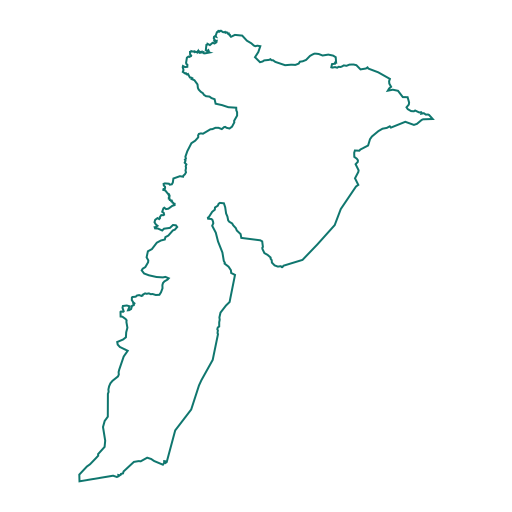 Afadzato South, Volta, Ghana
{"feature_id": "2480657B45105521184723", "entity_name": "Afadzato South", "entity_type": "district", "adm_level": 2, "iso_a3": "GHA", "parent_name": "Ghana", "parent_adm1": "Volta", "projection": "albers", "projection_center": [0.395, 6.876], "detail": "fine", "context": "isolated", "style": "outline", "palette": "teal", "viewbox_px": 512, "rotation_deg": 0, "n_neighbors": 0, "source": "geoboundaries", "source_scale": "gbopen_adm2", "svg_char_len": 5957}
<svg xmlns="http://www.w3.org/2000/svg" viewBox="0 0 512 512"><path d="M183.0,66.0L182.7,67.2L183.5,70.0L182.8,71.9L185.3,73.6L185.9,73.2L187.1,74.5L188.0,74.0L189.9,77.5L191.5,77.7L192.3,78.2L191.7,79.1L194.4,80.2L197.5,84.4L197.9,87.9L198.7,89.6L200.8,91.8L202.9,93.2L203.9,94.8L206.0,96.2L209.5,96.6L211.5,98.1L214.6,99.2L215.6,103.7L222.0,105.1L228.3,107.2L236.2,107.7L236.3,110.3L237.1,112.2L237.1,115.6L234.1,120.9L234.3,122.4L232.0,126.7L229.5,128.5L226.5,127.8L225.3,126.9L224.1,127.1L221.8,129.1L218.5,127.8L215.4,127.8L212.5,129.1L210.4,129.3L203.0,133.7L200.9,133.4L198.9,133.9L198.1,135.4L198.3,137.0L197.9,137.7L195.2,140.7L191.4,143.2L187.3,151.2L185.4,156.7L185.9,158.7L184.9,159.7L185.5,160.7L184.7,162.7L186.4,164.4L185.7,166.2L186.0,167.9L185.5,170.6L186.0,172.3L184.9,174.3L183.4,175.6L183.1,176.7L179.9,176.2L173.4,178.5L172.8,182.6L171.8,184.3L169.8,184.7L168.9,183.7L164.8,183.4L163.6,183.9L163.8,185.5L165.0,186.7L165.1,187.9L164.8,188.7L163.5,189.0L163.3,189.9L165.3,190.5L167.8,193.6L168.8,194.0L169.2,194.8L168.6,194.8L169.5,196.7L168.8,197.4L168.8,198.5L169.5,198.5L169.8,200.0L171.6,200.5L171.4,201.3L172.2,201.5L172.4,202.5L173.3,202.9L173.6,203.7L174.6,203.8L174.6,205.1L172.2,205.9L168.4,208.7L166.0,209.1L164.3,207.7L163.4,208.4L162.2,211.8L163.7,212.8L164.1,214.7L163.3,215.2L161.3,215.1L159.8,217.1L160.0,218.1L159.2,219.1L157.5,218.1L155.2,219.8L154.5,222.2L155.8,224.4L157.5,225.8L155.7,227.1L154.7,227.2L154.8,227.6L155.1,228.4L157.8,228.5L162.2,230.5L164.0,228.7L169.9,227.9L173.0,225.0L175.9,225.3L177.2,227.0L174.8,229.7L172.9,230.4L168.3,235.6L165.4,237.1L164.8,239.5L160.9,240.5L156.8,242.7L151.9,249.1L147.9,251.3L146.6,257.3L148.3,260.4L148.1,262.3L145.3,267.1L142.7,268.7L141.7,270.4L144.1,273.5L148.9,275.3L156.5,277.0L162.9,277.4L165.4,276.9L168.7,278.3L167.5,279.6L164.4,281.4L163.0,283.0L162.4,285.1L162.5,288.3L161.0,292.3L159.4,294.8L155.8,295.0L152.5,294.0L150.8,294.2L148.9,293.4L146.6,293.8L145.1,293.4L142.6,294.8L142.6,295.5L141.6,296.0L139.2,295.1L137.0,295.5L135.7,296.7L132.4,297.0L131.9,297.5L131.8,300.1L133.4,302.5L135.1,303.9L133.3,303.4L133.7,305.2L132.0,305.9L131.1,309.0L129.1,310.2L128.0,310.3L129.6,306.3L126.8,305.5L122.9,306.0L122.5,307.8L123.7,311.3L123.1,311.8L121.0,311.5L120.5,311.9L120.6,316.5L122.4,316.7L125.6,319.0L126.6,320.3L126.4,322.0L127.4,327.7L126.2,332.3L125.9,337.3L123.1,339.5L117.2,342.0L117.7,344.6L119.9,347.0L127.7,350.8L123.7,356.5L119.2,369.7L118.6,372.1L118.8,374.5L118.0,376.4L112.5,380.8L110.4,383.3L109.1,386.3L108.4,389.5L108.6,391.9L107.9,393.8L107.8,416.7L104.7,420.9L103.0,427.0L105.2,440.7L104.6,446.9L98.1,454.1L98.2,455.7L95.7,458.4L90.0,464.3L86.9,466.5L79.3,474.6L79.5,481.3L113.1,475.7L116.8,477.0L118.6,476.2L118.4,475.0L119.8,475.3L120.8,474.7L121.0,473.9L123.0,473.4L123.6,471.4L133.9,461.9L138.6,461.1L140.7,461.3L147.2,457.7L151.2,459.0L154.1,461.0L162.9,464.7L164.1,463.0L164.2,461.1L164.9,461.2L164.8,462.3L165.4,463.0L166.7,462.1L175.2,430.4L191.2,409.5L199.0,385.4L201.4,380.2L212.7,359.9L218.0,334.1L217.5,333.1L217.9,330.4L217.3,329.2L217.8,327.5L219.2,326.5L219.2,322.2L219.7,319.8L219.4,317.4L220.5,312.6L226.0,305.5L229.6,302.0L230.5,297.4L235.0,274.9L231.2,273.0L230.9,270.2L228.6,266.7L224.6,263.6L224.8,262.7L223.8,260.9L222.4,252.5L218.0,241.4L215.8,232.7L212.2,225.8L213.3,223.3L213.0,221.5L212.3,219.7L211.3,219.0L208.1,218.7L207.9,217.7L209.0,216.8L212.2,211.8L214.8,209.7L215.0,207.5L217.8,205.7L218.6,203.8L219.9,202.9L223.9,203.3L225.2,207.3L226.1,213.5L227.4,216.5L228.2,220.4L229.2,221.7L232.2,223.5L233.2,225.3L235.8,228.1L236.8,230.5L240.6,234.1L241.3,237.9L260.3,240.3L262.2,241.4L262.9,246.9L262.3,247.8L262.4,248.9L264.4,253.1L267.6,254.9L270.6,257.5L270.6,258.7L271.7,260.2L271.9,262.6L274.6,265.4L277.9,266.6L280.8,266.2L281.7,267.1L282.4,267.1L283.5,265.7L302.5,259.9L317.3,244.5L334.7,225.1L340.8,209.0L356.0,186.5L358.3,184.9L355.0,178.3L358.3,172.0L358.6,170.3L355.6,164.2L357.8,161.9L357.9,160.3L356.8,158.7L354.3,156.9L354.2,152.8L354.9,150.5L359.3,150.7L360.4,149.5L368.1,145.5L370.0,139.2L371.9,136.5L378.4,131.1L382.5,128.7L386.8,127.9L389.8,126.3L390.9,127.6L405.3,121.8L413.9,124.9L416.9,123.9L421.7,119.9L423.1,119.3L432.7,119.0L429.1,115.0L428.0,114.5L425.8,114.6L423.8,113.2L421.4,113.7L421.7,112.8L421.2,112.2L419.3,112.5L415.1,110.5L413.9,111.3L411.1,111.1L407.7,109.1L406.5,107.3L408.8,104.6L409.1,102.5L407.6,97.2L402.8,97.1L398.0,90.8L392.8,89.7L387.8,90.7L389.1,88.5L391.1,86.8L389.3,83.6L389.1,81.2L389.9,78.9L378.2,72.3L368.4,68.6L367.5,67.4L366.0,68.5L360.5,69.4L356.4,65.2L353.5,64.5L349.5,64.6L346.5,65.8L343.8,65.4L341.9,66.5L340.5,67.0L338.6,66.8L337.2,67.7L335.0,67.1L332.3,67.6L331.3,67.3L332.0,64.1L335.0,63.7L335.1,62.4L335.6,62.0L336.1,62.3L335.7,57.2L333.1,55.6L328.3,54.6L322.6,55.5L318.7,54.0L316.2,53.7L314.3,53.7L312.5,54.5L310.0,55.9L306.1,59.9L302.7,61.3L299.9,61.7L298.7,63.6L295.4,64.9L291.2,64.7L285.1,65.2L275.3,61.9L273.1,60.3L271.4,60.2L270.4,59.2L269.0,59.9L264.2,60.4L262.6,61.5L260.0,62.2L255.0,57.2L258.3,52.1L260.3,46.2L257.4,45.7L255.3,46.2L253.9,45.6L251.3,43.3L246.9,40.7L242.2,35.6L234.9,34.9L231.0,36.8L229.7,35.3L229.8,34.7L229.0,34.4L228.8,33.6L228.2,33.9L227.6,33.4L227.4,32.6L226.3,32.3L225.5,32.7L225.0,31.9L224.2,32.3L222.9,32.1L220.9,30.7L219.4,31.6L219.0,30.9L218.3,30.9L217.7,32.0L216.9,32.2L215.6,36.0L216.0,36.7L214.7,36.3L214.0,36.9L213.8,38.4L214.8,40.0L214.2,40.5L214.4,41.1L216.7,40.8L216.4,42.3L214.5,43.5L212.6,42.8L209.9,45.1L207.5,43.8L207.3,44.6L206.4,44.9L205.8,50.3L207.1,51.1L208.3,50.1L208.8,51.2L208.6,52.2L209.5,52.5L204.7,53.4L203.6,53.2L203.5,52.1L201.0,52.6L201.3,51.8L200.1,52.1L199.2,51.4L198.9,52.2L198.3,51.5L197.8,52.0L197.8,51.2L197.2,51.9L196.1,52.1L195.1,51.6L194.7,52.0L194.1,51.3L193.3,51.7L191.3,51.1L191.2,51.6L190.0,51.9L190.1,54.3L191.2,55.6L191.0,56.1L189.3,56.9L188.9,56.5L188.2,56.7L186.9,57.7L186.1,62.7L186.3,63.8L187.4,64.8L187.3,66.8L185.0,67.1L183.0,66.0Z" fill="none" stroke="#0f766e" stroke-width="2"/></svg>